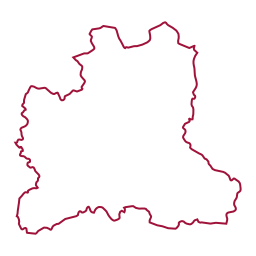 the border of Lipetsk
{"feature_id": "RUS-2363", "entity_name": "Lipetsk", "entity_type": "Region", "adm_level": 1, "iso_a3": "RUS", "parent_name": "Russia", "parent_adm1": "", "projection": "orthographic", "projection_center": [38.959, 52.736], "detail": "fine", "context": "isolated", "style": "outline", "palette": "rose", "viewbox_px": 256, "rotation_deg": 0, "n_neighbors": 0, "source": "natural_earth", "source_scale": "10m", "svg_char_len": 5713}
<svg xmlns="http://www.w3.org/2000/svg" viewBox="0 0 256 256"><path d="M197.3,52.8L195.2,55.9L194.2,58.3L193.8,59.6L193.5,61.1L193.5,63.3L193.8,65.3L194.4,68.1L194.5,69.4L194.8,74.4L195.0,76.0L196.5,81.8L196.7,83.3L196.8,84.2L196.5,86.2L195.6,88.2L193.0,92.2L193.7,94.3L194.1,95.0L195.0,95.7L195.2,96.3L195.2,97.2L194.7,98.3L194.3,98.7L193.6,98.8L192.5,98.7L192.1,99.3L191.8,100.6L191.6,102.7L191.5,104.3L191.9,105.8L192.8,107.1L193.2,108.1L193.4,109.5L193.3,114.3L192.7,117.0L192.7,118.2L192.5,119.3L190.8,119.4L189.6,118.7L189.2,118.9L189.2,119.6L189.6,120.6L189.5,121.3L188.9,122.0L185.0,123.8L183.1,126.9L183.0,127.6L183.3,128.2L184.8,129.4L185.3,130.1L185.5,131.0L185.5,131.9L185.3,132.6L185.1,133.2L183.4,135.8L183.2,136.3L183.1,137.4L183.5,138.4L185.3,141.1L186.0,141.8L187.3,142.5L189.2,143.1L189.8,143.6L190.4,144.6L190.5,145.3L190.5,145.8L190.1,147.6L190.7,148.3L192.0,149.4L199.2,153.5L201.4,154.5L202.3,155.2L204.7,158.6L206.5,159.3L208.4,161.6L208.6,163.5L208.9,164.1L210.5,165.8L212.5,168.9L214.9,170.1L223.2,171.9L225.0,172.7L228.7,175.7L229.3,176.9L230.4,179.9L230.8,180.3L231.3,180.4L231.9,180.2L233.6,178.6L234.1,178.5L234.6,178.7L238.6,181.5L239.7,183.0L240.1,184.3L240.5,187.3L240.6,188.9L240.6,189.7L240.4,190.6L239.7,191.5L237.8,192.8L237.3,193.5L236.8,197.0L236.5,198.0L234.7,200.9L234.4,201.8L234.1,203.4L234.2,204.9L235.6,207.5L235.8,208.2L235.8,209.5L235.1,210.5L233.5,211.5L228.4,212.5L227.6,212.9L226.8,213.6L226.5,214.3L226.4,215.2L226.7,216.9L227.2,218.4L227.2,220.0L226.3,223.7L215.9,222.8L210.4,223.6L201.7,222.4L200.2,222.6L198.5,221.9L197.3,219.4L194.6,220.4L193.7,221.4L193.3,222.2L192.7,222.8L191.4,223.9L190.3,224.3L189.6,224.3L186.9,223.7L185.3,223.0L183.8,221.6L182.7,221.2L181.4,221.2L179.7,221.9L179.0,222.6L178.8,223.0L178.9,224.6L178.5,225.4L178.1,226.2L176.5,228.1L176.0,228.4L175.4,228.7L168.1,228.2L162.5,226.3L157.3,225.3L149.7,222.4L149.6,220.8L149.8,219.9L150.9,217.5L151.1,216.5L151.0,216.1L149.6,213.7L149.2,212.1L148.8,211.6L146.4,209.7L145.9,208.9L144.4,208.5L139.0,208.6L135.9,207.9L133.3,206.2L132.0,206.2L125.8,207.1L124.1,207.7L124.8,208.8L124.9,209.9L124.7,211.3L124.3,212.2L121.8,210.8L120.2,211.8L119.3,214.3L119.6,217.4L119.4,218.4L117.7,219.5L114.7,220.6L113.6,220.5L112.8,220.1L111.5,219.1L109.7,217.0L108.5,215.3L106.6,211.7L105.6,210.5L102.8,207.8L102.1,207.4L101.2,207.1L99.4,207.0L98.5,207.1L97.2,207.8L96.2,208.6L95.2,209.9L93.9,212.7L92.1,212.3L91.0,211.5L90.4,210.5L89.7,208.5L89.0,207.1L88.7,206.8L88.3,206.8L87.7,207.1L87.0,208.0L86.7,208.7L86.3,210.3L85.7,211.0L85.2,211.4L83.3,212.4L82.1,212.5L81.6,212.3L80.7,211.4L79.7,211.3L79.2,211.6L78.6,212.4L78.2,213.6L77.9,215.1L77.2,215.6L76.2,216.2L65.2,219.0L58.6,223.8L56.7,224.0L53.5,225.7L52.6,226.8L52.0,228.1L51.4,229.3L50.9,229.7L50.4,229.7L49.1,228.8L46.9,227.8L44.2,227.6L43.6,227.8L38.2,231.0L36.4,233.2L35.5,233.7L27.1,232.8L26.9,232.5L26.4,228.7L25.6,228.0L24.3,228.2L23.1,229.1L22.2,229.4L21.6,229.1L21.2,228.7L19.1,224.4L18.9,223.6L19.2,221.7L18.9,219.4L18.0,217.2L17.6,216.6L16.8,216.3L17.5,213.8L17.8,210.6L19.0,202.3L19.4,198.5L21.9,195.8L23.6,193.6L24.8,192.5L25.8,192.2L27.6,192.6L27.9,192.4L28.0,190.9L28.5,190.4L29.4,189.8L32.4,188.4L34.1,188.1L36.6,188.3L37.7,187.7L36.0,185.3L35.9,184.3L36.4,182.3L37.5,181.2L37.9,180.4L38.0,179.9L38.0,178.3L39.1,177.2L39.4,176.2L39.2,175.5L38.7,174.6L35.5,171.3L35.1,170.6L34.7,169.3L33.7,167.5L32.5,167.1L30.9,167.6L30.2,167.6L27.9,165.8L27.6,165.5L27.4,165.0L27.4,164.1L27.7,162.9L28.3,162.4L29.5,162.1L29.8,161.9L30.0,161.6L30.0,160.3L29.9,159.8L29.5,159.3L28.7,158.8L27.1,158.7L26.2,158.2L24.6,156.7L23.7,156.3L23.1,156.1L22.3,156.2L20.9,155.9L20.1,155.4L20.0,154.6L20.2,154.0L20.7,153.3L21.0,151.6L21.2,151.3L22.4,151.1L22.8,150.9L22.8,150.3L22.7,149.5L21.2,147.0L20.9,146.9L20.3,147.0L19.8,147.7L19.2,147.5L16.5,144.7L15.4,142.7L16.7,142.7L17.0,142.4L17.3,141.9L17.5,140.9L18.3,139.7L19.2,139.5L21.6,139.9L22.7,139.4L22.9,139.0L23.0,138.5L22.8,137.6L22.2,136.6L21.9,135.9L21.6,134.8L21.4,132.3L21.1,131.3L20.4,129.8L20.5,129.2L20.9,128.4L21.7,127.7L24.8,126.4L26.0,125.6L26.9,124.6L27.4,123.8L27.7,122.8L27.9,121.5L27.8,120.4L26.9,119.0L25.1,117.2L23.2,116.2L22.6,115.6L22.1,115.0L21.7,114.2L21.7,113.5L21.9,113.1L23.1,112.2L24.3,110.4L25.7,109.7L25.4,108.6L22.2,105.9L22.5,104.5L23.8,103.1L24.0,102.6L24.0,100.9L24.1,99.8L25.8,94.1L27.5,92.9L28.1,92.0L28.6,90.6L30.1,87.5L30.7,86.7L31.2,86.2L32.1,86.2L34.1,86.7L36.6,88.1L38.2,88.6L39.4,88.6L44.3,87.8L45.1,87.9L45.7,88.1L51.1,92.9L53.2,93.9L54.3,94.0L55.8,93.2L56.8,92.8L57.4,92.7L57.8,92.9L57.9,93.2L59.5,96.5L60.5,99.2L61.4,100.1L61.9,100.3L63.2,100.1L64.1,99.4L64.6,98.6L64.7,96.8L64.9,96.4L65.1,96.1L68.4,94.6L69.8,93.8L72.8,90.6L73.7,90.4L77.0,91.5L81.8,89.7L82.4,88.8L81.7,87.9L81.7,86.8L84.2,83.2L84.9,81.7L84.9,81.2L84.7,80.5L81.3,76.6L80.6,75.0L80.8,72.5L81.1,71.5L81.9,69.7L82.1,69.0L82.3,67.1L82.2,66.5L81.7,65.7L80.3,64.7L79.2,63.7L77.5,61.2L75.9,60.2L73.3,57.4L84.2,53.4L87.2,53.4L88.0,53.2L92.7,50.1L93.7,49.3L94.3,48.6L94.3,48.2L94.3,47.6L93.9,46.5L91.8,43.1L90.8,40.9L91.0,39.5L91.6,38.1L91.9,36.7L91.5,36.0L90.2,34.8L89.6,34.0L91.2,30.9L92.3,29.4L99.0,28.4L100.6,27.9L102.8,26.3L103.5,26.0L114.9,27.9L115.3,28.2L116.6,30.4L118.3,36.4L119.2,38.6L120.5,40.6L122.2,43.8L123.8,47.0L124.6,47.9L125.2,48.1L125.9,47.3L126.4,47.2L128.4,47.6L134.0,46.2L137.1,46.1L142.4,44.6L147.4,42.3L149.7,40.3L150.3,38.5L150.2,36.2L150.0,34.6L149.4,31.7L149.4,30.8L150.2,30.0L151.9,29.0L160.3,25.2L163.3,22.9L165.1,22.3L166.1,22.8L166.7,23.8L168.2,25.2L172.7,27.8L176.0,30.3L176.8,31.2L178.4,33.8L178.6,35.2L178.7,36.6L178.7,37.9L178.1,41.0L178.3,43.2L179.4,43.9L189.3,48.0L194.3,45.8L194.5,45.9L193.8,48.3L194.2,49.9L197.3,52.8Z" fill="none" stroke="#9f1239" stroke-width="2"/></svg>